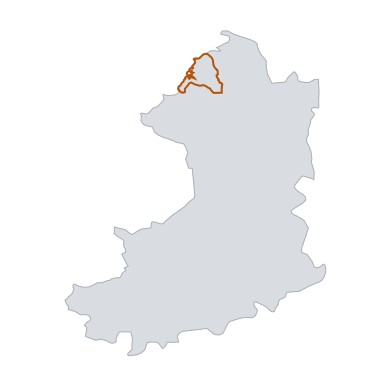 where Boffa sits in Guinea, rotated 85°
{"feature_id": "GIN-5628", "entity_name": "Boffa", "entity_type": "Prefecture", "adm_level": 1, "iso_a3": "GIN", "parent_name": "Guinea", "parent_adm1": "", "projection": "natural_earth1", "projection_center": [-14.034, 10.295], "detail": "fine", "context": "in_parent", "style": "outline", "palette": "amber", "viewbox_px": 384, "rotation_deg": 85, "n_neighbors": 0, "source": "natural_earth", "source_scale": "10m", "svg_char_len": 5522}
<svg xmlns="http://www.w3.org/2000/svg" viewBox="0 0 384 384"><g transform="rotate(85 192 192)"><path d="M238.3,264.7L235.0,264.2L233.6,264.9L229.2,270.8L226.6,273.1L222.5,272.4L221.0,272.8L220.0,272.1L221.4,268.9L223.5,262.4L228.9,256.0L229.0,254.6L226.8,250.8L224.5,245.6L224.4,240.1L224.0,236.1L219.2,235.0L218.4,234.3L218.3,233.0L220.9,226.1L221.1,224.7L220.8,223.4L217.9,219.9L213.3,213.4L205.5,199.9L202.5,197.1L199.7,193.0L198.7,190.4L195.8,189.5L168.5,189.7L168.0,193.2L158.6,195.5L152.8,192.8L146.4,194.4L143.3,196.2L140.9,204.0L139.5,205.7L138.1,209.2L136.9,211.1L135.5,215.0L132.4,220.5L129.2,224.0L123.7,226.0L122.0,231.8L120.8,233.9L118.7,235.6L116.4,236.7L112.0,235.6L109.5,236.6L109.0,235.2L110.4,230.6L109.3,228.2L105.0,223.4L104.6,221.1L103.3,218.2L97.7,212.0L92.4,212.4L93.9,207.3L93.8,200.4L92.0,196.7L92.5,192.9L91.5,193.1L89.7,195.8L86.9,194.9L81.1,190.9L78.3,186.9L77.9,183.6L77.3,182.3L75.5,183.0L71.9,182.9L60.9,177.0L53.1,161.9L53.0,158.6L54.1,152.7L53.8,151.2L50.2,155.0L49.6,152.4L46.8,146.4L46.0,142.9L43.4,141.4L41.3,141.1L39.7,142.3L37.5,149.3L35.9,149.3L34.3,147.8L34.6,142.5L38.8,136.0L45.9,119.4L48.4,115.6L50.0,114.2L53.4,114.1L59.9,111.9L67.8,106.7L74.0,107.1L81.2,106.5L90.6,102.9L90.7,91.8L90.4,89.3L87.0,87.1L85.1,85.1L83.4,82.7L81.4,80.9L81.4,79.0L85.6,76.7L89.4,76.7L90.7,75.8L91.6,74.2L92.7,70.2L93.1,65.9L90.6,60.2L90.7,56.2L104.5,56.8L112.1,57.9L118.3,58.2L119.3,59.1L118.4,63.1L119.2,65.4L121.3,66.0L124.8,63.3L126.6,63.9L130.5,67.3L134.1,68.2L138.0,70.0L141.7,71.1L145.0,70.9L147.5,72.8L152.1,73.4L158.0,71.0L162.7,69.9L169.2,69.7L172.7,70.5L182.7,68.5L190.5,69.6L189.3,71.0L185.7,79.9L186.2,81.5L194.2,89.0L196.1,89.6L198.2,88.5L201.7,85.0L204.4,81.3L207.0,79.4L210.0,79.5L212.4,82.2L218.2,93.4L219.6,94.8L221.0,94.8L223.5,92.7L224.7,90.2L230.0,82.9L238.1,79.2L257.5,87.6L260.3,88.3L262.0,87.6L264.4,82.6L271.7,78.4L275.2,77.2L277.2,77.0L277.9,75.7L278.3,73.6L277.9,71.5L275.6,67.7L275.5,66.6L276.8,65.9L279.6,65.4L283.2,65.7L287.3,67.4L290.6,69.7L292.5,72.5L296.2,84.4L300.3,93.6L300.2,106.0L302.0,107.3L304.0,107.8L304.9,108.8L306.9,113.9L308.8,115.4L311.1,115.7L315.3,119.0L318.0,120.3L318.4,121.3L318.3,122.6L317.2,124.4L313.2,127.8L311.2,130.7L307.1,137.8L307.0,139.1L307.9,140.0L309.6,140.2L311.4,139.7L315.2,137.1L318.2,138.1L321.1,140.0L322.1,142.0L322.4,144.7L321.8,148.2L321.7,152.0L322.7,158.6L324.2,165.1L325.7,167.5L335.3,173.3L336.3,175.5L336.8,177.9L336.1,181.2L335.1,183.1L329.9,188.2L329.1,190.6L329.5,195.2L330.0,214.4L332.1,217.6L334.5,219.3L340.3,218.4L340.2,223.7L339.4,229.7L342.8,231.5L344.5,233.3L345.4,235.0L340.1,238.2L338.6,240.1L337.9,245.1L338.1,249.7L345.3,253.0L348.0,256.8L349.3,260.8L349.7,268.4L349.1,270.1L347.3,270.1L343.6,265.5L338.1,265.0L334.0,264.2L327.1,264.8L325.9,266.1L325.1,276.2L326.8,277.9L330.1,279.8L332.2,280.6L334.0,280.4L335.4,281.6L335.7,284.9L334.8,287.3L333.0,289.6L330.7,295.4L331.3,300.7L327.4,309.2L326.3,310.8L321.2,309.2L317.8,308.6L315.4,310.8L312.0,307.4L311.4,304.9L310.2,304.3L308.0,304.3L305.9,305.8L305.0,308.4L304.5,313.9L300.8,319.0L298.2,325.5L295.1,324.9L294.4,325.7L291.2,327.3L288.4,327.8L287.7,326.1L286.0,324.7L284.2,322.0L282.1,319.7L278.2,318.2L276.6,318.9L274.8,318.7L273.5,317.8L273.7,316.5L275.8,313.2L276.9,310.1L277.6,306.7L277.6,303.5L276.4,299.0L274.7,295.4L274.2,293.4L274.4,290.4L274.0,287.6L273.4,286.2L272.6,281.0L271.5,280.0L270.9,275.9L271.1,271.6L269.6,270.0L267.1,268.8L265.7,267.1L264.8,265.2L264.0,264.7L263.2,264.8L262.6,266.0L261.8,266.2L260.4,262.2L259.8,262.1L258.8,263.0L247.7,267.4L246.3,263.6L244.1,263.0L240.5,264.5L238.3,264.7Z" fill="#d9dde1" stroke="#a8b0b8" stroke-width="1"/><path d="M92.4,191.8L92.3,191.6L92.1,192.3L92.0,193.2L91.9,193.7L91.5,194.0L90.6,195.4L90.0,195.7L90.1,196.0L89.9,196.1L88.4,196.8L88.2,196.8L87.3,196.7L86.6,196.5L85.9,196.2L85.6,195.9L85.4,195.3L84.8,194.5L84.1,193.7L83.4,193.3L82.3,192.5L82.0,192.1L81.5,191.0L81.1,190.8L80.4,190.7L80.1,190.6L79.7,190.3L78.9,189.3L78.3,188.9L77.8,188.9L77.3,188.7L76.7,188.1L76.5,186.8L77.2,185.4L78.3,184.6L79.5,185.5L79.1,184.9L78.6,184.1L78.0,183.5L77.7,183.6L77.4,184.3L76.8,184.0L76.3,183.4L76.4,183.1L77.3,182.7L78.0,181.6L79.2,179.4L78.6,179.7L78.1,180.2L77.3,181.2L76.8,181.6L75.6,182.2L75.4,182.4L75.3,183.0L75.4,185.3L75.2,185.9L74.9,186.4L74.3,186.8L73.6,186.9L72.6,186.5L71.9,185.8L71.5,184.8L71.5,183.8L72.2,183.0L73.3,182.1L73.9,181.2L73.3,180.4L73.1,181.1L72.6,181.5L72.0,181.7L71.3,181.7L71.4,182.9L70.6,183.7L69.7,184.0L69.2,183.6L69.1,183.3L68.8,182.9L68.5,182.3L68.3,181.6L68.5,181.2L68.8,180.9L68.9,180.6L68.8,180.2L68.5,180.1L68.3,180.2L68.1,180.4L68.0,180.6L67.6,181.4L66.7,180.8L64.1,178.1L63.7,177.8L63.1,177.6L62.4,177.7L61.9,177.9L61.3,178.0L60.7,177.6L59.8,178.6L59.4,178.1L59.3,176.9L59.3,175.8L59.6,174.2L59.6,173.5L59.4,172.9L59.2,172.6L58.9,172.4L56.2,169.2L55.8,168.1L55.6,167.1L55.7,165.8L55.9,164.7L56.3,164.1L57.9,162.6L59.5,161.0L61.9,159.8L67.4,159.5L70.3,158.4L73.0,156.0L77.1,156.0L77.9,157.4L79.8,157.1L82.3,155.7L82.6,156.1L82.8,156.1L83.1,155.8L83.2,155.6L83.8,155.4L84.0,155.2L85.6,154.9L85.9,153.4L86.3,153.2L86.7,153.0L86.9,152.7L87.3,152.5L87.7,152.4L88.9,153.0L89.3,153.1L90.1,153.0L90.5,153.0L91.0,153.4L95.7,153.7L95.2,161.7L93.2,163.5L92.4,164.1L90.6,164.9L89.6,166.7L87.3,169.6L86.5,171.7L86.9,174.6L86.0,177.4L84.8,180.1L83.1,182.9L82.9,183.1L82.9,183.5L83.0,184.1L83.1,184.5L83.3,184.8L83.5,185.1L88.4,189.8L88.6,190.0L88.8,190.1L89.3,190.2L91.0,190.2L91.7,190.4L92.0,190.8L92.4,191.7L92.4,191.8Z" fill="none" stroke="#b45309" stroke-width="2"/></g></svg>